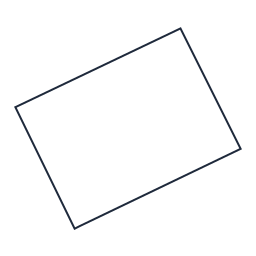 the district of Hooker, Nebraska, United States of America, rotated 334°
{"feature_id": "52423323B60730301974772", "entity_name": "Hooker", "entity_type": "district", "adm_level": 2, "iso_a3": "USA", "parent_name": "United States of America", "parent_adm1": "Nebraska", "projection": "robinson", "projection_center": [-101.132, 41.916], "detail": "fine", "context": "isolated", "style": "outline", "palette": "slate", "viewbox_px": 256, "rotation_deg": 334, "n_neighbors": 0, "source": "geoboundaries", "source_scale": "gbopen_adm2", "svg_char_len": 233}
<svg xmlns="http://www.w3.org/2000/svg" viewBox="0 0 256 256"><g transform="rotate(334 128 128)"><path d="M220.1,196.1L218.8,61.5L35.9,59.9L35.9,195.1L42.1,195.0L220.1,196.1Z" fill="none" stroke="#1e293b" stroke-width="2"/></g></svg>